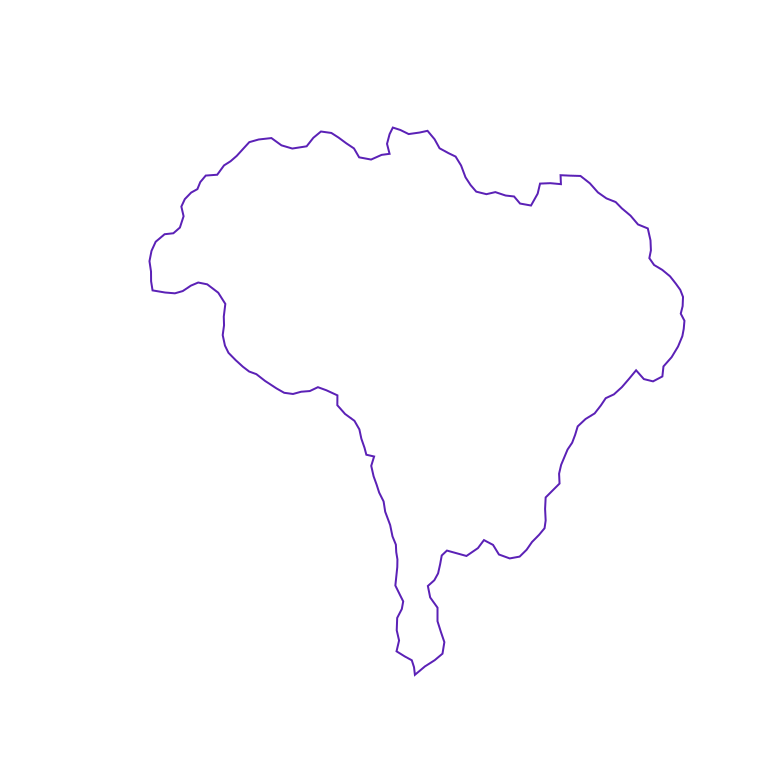 the district of Cambuí, Minas Gerais, Brazil, rotated 110°
{"feature_id": "56859067B55760606660323", "entity_name": "Cambuí", "entity_type": "district", "adm_level": 2, "iso_a3": "BRA", "parent_name": "Brazil", "parent_adm1": "Minas Gerais", "projection": "orthographic", "projection_center": [-46.068, -22.592], "detail": "fine", "context": "isolated", "style": "outline", "palette": "violet", "viewbox_px": 768, "rotation_deg": 110, "n_neighbors": 0, "source": "geoboundaries", "source_scale": "gbopen_adm2", "svg_char_len": 2542}
<svg xmlns="http://www.w3.org/2000/svg" viewBox="0 0 768 768"><g transform="rotate(110 384 384)"><path d="M147.6,189.3L147.2,199.9L141.5,209.9L137.6,220.6L133.8,228.5L133.5,238.5L130.8,248.5L125.0,259.2L121.3,270.5L124.7,280.8L127.4,289.5L135.7,286.1L138.4,296.4L142.3,305.9L152.6,304.7L166.0,306.9L167.9,317.9L163.3,325.9L165.3,334.2L165.6,345.0L170.6,352.7L171.7,363.1L167.5,370.6L161.9,378.1L152.3,386.3L145.8,394.5L145.0,402.4L143.5,412.4L136.7,420.2L131.2,429.7L135.5,436.5L140.7,446.3L139.7,455.5L140.0,463.4L147.3,464.2L157.3,463.3L165.8,457.5L169.5,464.6L177.5,472.9L179.5,484.9L172.9,492.8L170.7,501.8L168.0,510.9L166.1,519.3L168.3,529.6L176.8,534.6L187.1,538.0L194.1,550.7L194.8,562.0L191.4,573.9L197.1,585.4L202.8,593.3L211.7,597.0L220.0,600.4L227.2,604.4L233.3,609.1L244.4,612.3L249.1,622.8L257.1,625.7L264.7,626.0L270.1,630.7L278.4,634.4L286.6,635.1L294.9,629.7L306.8,629.3L314.4,633.5L318.3,641.4L328.4,647.2L338.4,648.0L348.8,646.4L358.0,641.4L367.1,638.0L375.2,633.5L372.9,621.0L370.3,611.5L365.5,604.9L357.6,599.1L352.2,593.3L350.8,584.2L354.9,571.0L363.0,560.5L375.5,557.6L383.5,554.4L393.2,552.3L402.3,546.6L407.9,540.8L412.3,531.6L416.0,522.6L418.4,515.0L418.4,507.3L421.8,496.8L424.9,483.6L426.4,474.8L424.5,466.1L419.6,459.2L416.0,451.3L409.6,445.0L409.6,436.0L410.6,423.9L419.9,420.6L425.5,410.3L428.7,399.2L435.1,391.6L443.1,386.6L450.6,380.5L456.5,376.4L455.5,368.5L465.3,368.0L474.3,362.2L481.0,356.6L487.7,351.4L494.5,344.2L503.6,339.2L514.4,330.0L524.3,323.9L530.9,317.9L537.8,315.0L544.2,311.4L551.5,308.9L559.5,306.9L569.5,304.4L576.7,296.9L581.7,291.6L589.3,290.3L599.3,291.6L611.1,287.8L619.9,282.1L630.9,280.8L632.9,271.3L634.1,263.4L639.9,258.9L646.7,255.5L635.3,248.9L626.2,241.9L617.4,236.8L605.9,239.0L597.7,245.6L588.6,252.6L575.9,257.2L568.8,267.6L558.8,273.7L551.2,269.6L543.5,268.4L534.2,269.6L525.4,271.1L519.0,267.9L518.3,259.1L517.4,247.7L506.1,239.6L496.5,236.7L497.9,226.5L504.9,217.7L504.9,206.2L499.8,197.5L491.0,193.3L481.9,190.9L472.7,186.7L464.6,183.8L457.0,185.4L446.3,189.9L435.3,193.3L426.5,189.2L417.5,185.0L408.4,188.8L399.4,189.9L382.8,189.1L374.8,187.1L366.4,187.0L357.6,187.5L347.9,182.6L339.6,176.0L330.0,172.9L321.5,170.8L315.1,164.4L305.6,159.4L295.3,155.5L284.9,151.8L290.5,141.5L289.5,132.1L281.7,125.0L271.9,127.4L260.4,122.9L248.2,120.5L237.0,120.0L229.7,121.2L221.8,123.3L216.4,129.2L208.7,130.0L199.9,132.8L194.2,137.8L189.9,144.1L185.0,152.0L181.6,161.5L179.8,170.9L175.0,177.7L167.1,178.9L157.9,182.7L147.6,189.3Z" fill="none" stroke="#5b21b6" stroke-width="2"/></g></svg>